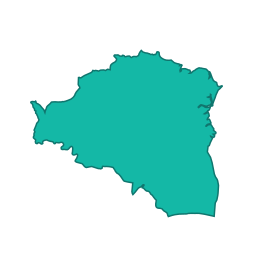 outline of Mitsinjo, Boeny, Madagascar, rotated 100°
{"feature_id": "10022922B34339999190032", "entity_name": "Mitsinjo", "entity_type": "district", "adm_level": 2, "iso_a3": "MDG", "parent_name": "Madagascar", "parent_adm1": "Boeny", "projection": "albers", "projection_center": [45.923, -16.15], "detail": "fine", "context": "isolated", "style": "filled", "palette": "teal", "viewbox_px": 256, "rotation_deg": 100, "n_neighbors": 0, "source": "geoboundaries", "source_scale": "gbopen_adm2", "svg_char_len": 5690}
<svg xmlns="http://www.w3.org/2000/svg" viewBox="0 0 256 256"><g transform="rotate(100 128 128)"><path d="M119.4,228.2L120.0,228.0L120.5,226.9L121.8,225.8L123.8,225.1L124.3,224.7L125.1,223.6L126.9,223.0L127.1,222.7L127.2,221.7L128.9,221.6L129.4,221.5L130.2,220.3L131.1,219.9L131.9,219.2L134.0,218.1L135.1,217.2L136.0,217.2L137.5,217.6L139.2,218.7L141.4,219.0L146.4,220.1L148.0,219.0L148.7,219.2L149.3,219.6L151.3,219.4L151.7,219.1L152.7,219.5L153.4,219.6L154.1,219.4L154.4,219.0L155.7,216.9L156.9,216.8L157.5,216.9L158.7,216.4L159.0,216.1L159.2,215.2L159.0,214.5L158.1,214.0L158.0,213.4L158.1,212.1L158.8,210.8L158.8,210.3L158.6,209.9L158.4,209.5L157.8,209.2L156.8,209.7L156.0,209.5L155.1,208.8L154.2,207.0L154.0,206.2L153.9,205.8L154.3,204.4L154.6,202.3L154.6,199.6L156.1,198.1L156.2,197.5L155.9,197.0L155.2,196.8L154.8,196.4L154.6,193.3L153.7,191.5L153.6,190.5L153.7,190.1L154.1,189.4L155.2,188.6L156.1,188.5L156.8,188.8L158.2,190.1L158.7,190.4L160.2,190.1L160.6,189.1L160.1,186.9L160.1,185.6L159.9,184.0L159.1,183.0L157.1,181.8L156.2,181.1L156.0,180.8L156.0,180.1L156.6,179.3L158.0,178.8L161.6,178.5L162.6,178.6L163.2,178.4L163.5,178.1L163.9,177.6L164.0,176.6L163.5,175.5L162.5,174.0L162.8,173.4L163.1,173.0L163.6,172.9L165.7,173.0L167.8,173.7L168.6,174.1L169.3,174.3L169.9,174.2L170.2,173.8L170.6,172.5L171.1,167.0L171.4,166.5L173.5,164.1L174.0,162.9L174.1,162.1L172.8,158.8L172.2,157.0L173.1,150.3L172.9,148.4L173.0,147.8L172.2,146.6L170.8,146.5L170.1,146.2L170.0,144.2L169.6,142.6L169.3,139.8L169.3,137.8L169.5,135.6L170.3,135.1L170.8,134.5L172.0,133.4L172.6,133.1L173.7,131.9L174.5,130.8L174.6,130.2L175.2,128.9L176.7,127.0L180.6,123.2L181.0,122.4L181.2,119.3L181.2,113.8L190.0,113.1L191.7,112.4L192.7,111.6L189.9,109.8L185.4,107.4L184.4,106.2L183.9,105.3L183.3,104.7L181.5,103.5L181.2,103.0L181.2,102.5L181.4,102.3L182.0,102.4L183.5,103.5L184.2,103.7L184.4,103.6L184.5,102.6L184.6,102.2L186.1,100.2L186.8,98.9L186.8,96.8L187.2,96.0L187.7,95.3L189.1,94.2L190.1,92.3L191.5,90.9L193.3,88.9L194.2,87.6L197.8,87.5L199.8,87.1L200.8,86.5L201.4,85.7L201.7,84.5L201.5,82.3L201.6,81.3L201.8,80.2L202.7,79.3L203.7,77.7L203.9,76.8L204.8,75.0L205.7,74.3L206.9,73.8L208.2,72.9L206.4,69.5L205.3,67.0L203.9,62.7L202.4,55.4L201.6,53.6L200.9,50.3L200.4,47.0L200.1,45.8L199.7,43.1L199.6,37.7L200.0,27.8L187.5,29.0L186.4,29.0L183.4,28.0L179.0,27.9L176.8,28.0L168.8,28.9L164.3,30.6L162.9,31.5L160.9,33.4L158.3,35.0L147.7,39.1L142.6,41.6L137.8,45.7L132.0,46.0L131.6,45.3L131.1,44.9L128.1,44.4L123.2,43.0L122.5,44.4L122.0,45.1L121.7,45.2L122.3,43.0L122.3,42.3L121.9,41.6L121.5,41.4L120.4,41.4L119.3,43.0L118.9,41.6L118.5,40.8L117.9,40.6L117.0,40.7L115.4,43.4L114.1,43.3L113.7,43.5L112.7,44.7L110.5,46.5L110.4,47.1L110.6,48.8L111.1,49.7L112.7,51.2L112.7,51.4L112.6,51.6L111.9,51.4L110.8,50.6L110.3,49.8L109.6,48.1L109.1,47.4L108.7,47.1L105.8,48.9L105.3,49.4L105.2,49.7L105.3,50.1L106.0,51.2L106.1,51.4L106.0,51.5L104.7,51.3L102.0,50.1L100.1,50.8L99.1,51.4L98.8,51.7L99.4,52.6L99.4,52.9L100.4,54.2L100.7,54.8L100.7,55.2L97.7,52.3L97.2,52.5L96.5,51.4L95.2,50.9L93.6,50.6L92.7,50.7L93.6,52.2L94.0,53.6L94.2,54.6L94.1,55.6L93.2,57.9L93.0,59.2L93.2,59.8L93.6,60.3L95.6,61.9L95.2,62.5L93.3,61.2L92.4,60.1L93.0,54.8L92.7,54.0L91.8,52.7L91.2,51.3L90.4,50.7L89.2,50.2L88.4,50.1L87.2,50.7L85.5,51.8L85.2,51.6L83.5,52.5L83.4,52.8L84.0,54.4L83.8,54.9L82.8,53.2L83.1,52.0L81.6,52.5L80.6,52.6L80.9,52.0L81.8,52.1L82.3,52.0L84.2,51.0L88.2,49.4L89.9,49.6L91.8,50.1L92.0,49.8L91.5,48.6L90.9,48.4L90.1,48.7L89.5,48.7L85.5,48.0L83.2,47.5L80.2,47.1L75.1,45.8L73.1,44.2L71.1,42.9L70.6,42.5L70.3,42.6L70.1,42.8L71.4,45.3L71.3,46.4L71.0,47.0L69.6,47.9L68.0,48.5L67.7,48.9L67.2,50.7L66.2,52.4L65.5,52.7L64.4,53.6L59.9,56.2L58.4,57.4L58.5,57.6L58.8,57.5L59.5,57.0L62.7,55.5L63.2,55.5L64.1,56.1L64.9,56.9L63.2,56.8L63.2,56.4L63.0,56.2L61.1,57.5L59.2,57.8L57.7,59.4L56.6,61.0L56.4,61.6L56.4,65.0L56.3,65.9L56.4,66.5L56.4,68.1L56.7,69.0L58.3,71.1L59.5,72.1L60.7,73.7L62.6,75.1L63.3,76.4L63.4,76.9L62.2,75.9L60.3,77.2L60.3,78.9L59.9,80.2L59.7,81.6L59.7,82.4L60.4,85.2L60.7,85.6L61.1,85.7L62.4,85.4L63.4,86.4L62.2,86.9L58.0,86.1L56.9,85.7L56.6,85.9L56.4,86.8L57.5,88.1L56.3,88.2L56.1,89.1L56.1,90.5L55.9,92.5L55.5,94.1L53.6,97.3L54.1,98.9L54.5,101.4L54.5,102.7L54.2,104.7L53.3,107.1L52.5,108.4L51.9,109.0L50.7,109.8L48.3,110.5L47.9,111.0L47.8,111.5L47.9,112.4L48.2,112.8L49.5,113.0L50.8,113.6L51.1,114.2L51.0,114.8L51.6,115.7L51.6,116.0L51.1,116.7L51.7,118.5L51.2,119.5L51.2,120.2L50.9,121.8L51.0,124.2L50.7,125.6L50.6,126.5L49.3,128.4L50.9,129.3L52.9,130.0L54.2,130.1L55.0,130.5L55.7,131.3L56.4,132.4L56.3,133.4L56.6,135.0L57.2,136.0L57.9,136.7L58.0,137.0L57.7,137.8L57.1,138.6L56.9,139.3L57.4,141.1L58.2,142.7L58.2,143.8L57.5,144.3L57.3,145.3L57.4,146.1L58.3,146.4L58.5,147.4L58.5,148.8L57.9,149.9L57.8,150.6L58.3,152.8L58.3,153.6L59.0,154.3L59.7,154.2L61.7,151.5L62.1,151.2L62.9,151.2L63.9,151.4L64.9,152.0L65.7,152.8L66.7,154.1L68.0,155.3L68.6,155.7L69.6,156.0L71.7,156.0L73.7,155.6L73.7,158.3L75.3,160.2L75.1,161.3L75.1,162.2L75.8,165.1L77.1,166.9L76.9,168.4L77.0,170.2L77.5,170.9L77.4,172.6L78.7,173.0L79.8,173.9L83.7,179.7L84.7,180.9L86.8,183.1L86.9,184.0L86.6,184.8L86.9,185.5L93.7,184.6L94.7,184.0L95.6,183.0L97.0,182.3L98.0,183.1L101.4,185.1L103.9,186.0L104.9,186.1L106.3,186.7L107.5,187.4L109.4,189.1L111.2,191.9L112.5,194.2L113.3,196.1L113.4,197.2L113.9,198.1L114.6,201.7L114.9,204.4L115.5,207.0L115.8,207.9L117.4,208.8L120.1,211.0L121.4,211.7L123.8,212.0L125.1,212.4L127.2,212.5L124.6,214.1L122.9,216.3L120.9,218.6L119.8,221.0L119.6,222.2L119.2,222.8L117.7,223.4L117.6,223.7L118.2,223.9L118.2,224.4L118.5,225.1L118.4,226.2L118.6,227.1L118.9,227.7L119.4,228.2Z" fill="#14b8a6" stroke="#0f766e" stroke-width="1.5"/></g></svg>